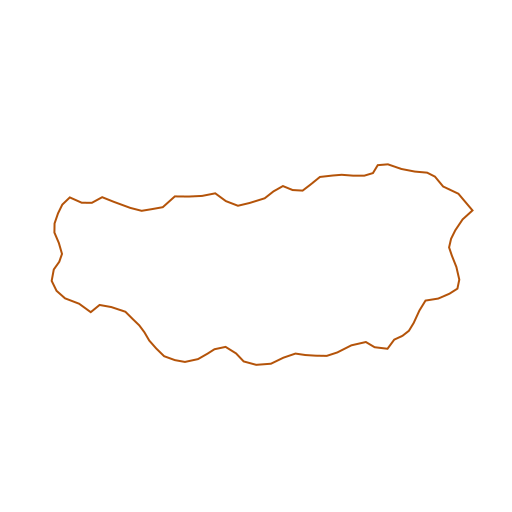 the district of São Bento Abade, Minas Gerais, Brazil, rotated 283°
{"feature_id": "56859067B95331954634045", "entity_name": "São Bento Abade", "entity_type": "district", "adm_level": 2, "iso_a3": "BRA", "parent_name": "Brazil", "parent_adm1": "Minas Gerais", "projection": "orthographic", "projection_center": [-45.073, -21.565], "detail": "fine", "context": "isolated", "style": "outline", "palette": "amber", "viewbox_px": 512, "rotation_deg": 283, "n_neighbors": 0, "source": "geoboundaries", "source_scale": "gbopen_adm2", "svg_char_len": 1302}
<svg xmlns="http://www.w3.org/2000/svg" viewBox="0 0 512 512"><g transform="rotate(283 256 256)"><path d="M137.7,189.0L136.3,200.4L136.8,210.6L142.5,222.7L150.0,230.8L155.8,236.5L160.6,246.8L156.6,258.5L150.5,267.7L150.0,280.7L154.4,294.8L163.1,305.6L169.8,316.4L170.6,326.3L172.3,336.6L174.6,347.4L180.3,356.9L190.4,369.0L196.9,382.4L193.8,392.1L195.2,405.0L205.6,409.5L211.2,416.7L217.5,421.8L226.2,424.7L239.7,427.5L250.7,431.2L255.5,443.1L262.8,453.0L269.5,459.6L278.7,459.4L290.4,453.7L300.5,446.7L307.8,442.2L316.7,442.2L325.9,444.4L338.2,449.1L349.1,456.7L362.2,439.2L365.8,422.7L373.6,412.5L375.7,404.0L374.0,391.8L373.5,378.0L375.0,363.9L371.9,354.2L363.1,351.3L358.6,343.4L356.1,332.4L354.4,321.2L351.7,312.7L347.4,300.5L337.3,292.6L330.2,286.7L328.5,276.8L330.2,266.5L322.9,258.5L314.2,251.5L306.2,237.8L300.9,227.1L302.7,214.3L307.9,202.2L302.4,189.9L298.8,177.1L295.8,163.5L282.6,154.2L278.2,143.9L274.3,134.4L274.6,122.6L276.8,105.2L278.7,92.9L270.9,84.1L268.7,74.2L271.2,61.4L262.5,55.7L253.0,53.5L242.4,52.4L233.5,54.3L224.3,61.0L214.4,66.5L206.1,65.6L197.4,62.0L185.8,62.5L177.2,69.5L171.8,79.4L169.7,94.4L164.1,107.6L173.1,114.6L173.7,126.5L172.3,141.3L166.7,150.3L162.2,157.8L156.6,164.4L149.6,171.0L143.5,179.5L137.7,189.0Z" fill="none" stroke="#b45309" stroke-width="2"/></g></svg>